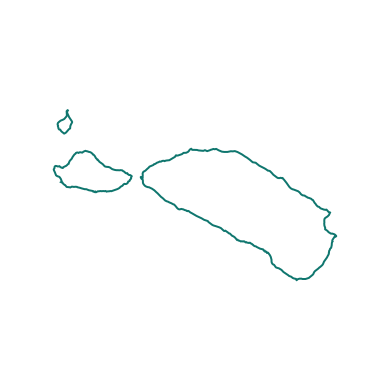 the district of Nguna, Shefa, Vanuatu, rotated 151°
{"feature_id": "77236927B53678457839449", "entity_name": "Nguna", "entity_type": "district", "adm_level": 2, "iso_a3": "VUT", "parent_name": "Vanuatu", "parent_adm1": "Shefa", "projection": "orthographic", "projection_center": [168.363, -17.466], "detail": "fine", "context": "isolated", "style": "outline", "palette": "teal", "viewbox_px": 384, "rotation_deg": 151, "n_neighbors": 0, "source": "geoboundaries", "source_scale": "gbopen_adm2", "svg_char_len": 5981}
<svg xmlns="http://www.w3.org/2000/svg" viewBox="0 0 384 384"><g transform="rotate(151 192 192)"><path d="M91.0,128.2L92.8,130.4L93.2,130.6L93.8,131.4L94.1,132.3L94.8,133.1L95.2,134.2L96.2,135.0L96.6,135.2L97.1,135.9L97.7,137.1L98.1,139.5L98.8,141.2L102.0,145.0L102.8,145.7L103.8,147.3L104.4,149.3L104.9,154.1L105.6,158.4L105.9,159.2L105.9,160.1L106.2,160.5L106.9,160.7L107.5,161.4L108.9,161.8L109.3,162.1L109.9,162.4L110.5,163.2L112.5,167.7L113.0,170.1L113.7,172.5L114.5,173.4L115.2,173.8L116.3,176.1L117.1,177.5L120.4,182.4L121.7,185.6L122.1,186.7L124.5,188.6L125.8,192.1L127.2,195.3L128.4,197.3L130.1,200.7L132.8,204.9L134.7,207.0L136.7,207.8L138.2,208.8L141.7,209.9L144.5,211.5L146.3,212.8L148.5,215.6L149.9,217.9L150.3,218.1L151.3,218.3L152.5,219.3L154.4,219.6L154.9,219.8L156.3,219.9L158.9,220.4L160.4,222.3L162.1,222.5L162.6,222.8L166.1,225.2L167.3,226.4L171.4,228.8L171.5,229.5L171.8,230.2L172.9,230.2L173.7,230.0L174.6,229.5L176.3,229.0L178.2,229.2L180.4,230.3L182.5,230.0L186.4,230.7L187.5,231.1L188.1,231.8L188.4,231.8L188.9,231.6L189.3,231.2L190.0,231.0L196.4,230.8L199.5,232.1L201.0,232.3L201.4,232.9L202.9,233.6L204.3,233.6L205.0,233.9L205.5,234.3L206.9,234.3L208.3,234.6L210.4,234.4L211.8,234.7L212.4,234.4L213.2,234.4L216.9,234.8L218.1,234.3L220.0,233.9L222.3,233.3L223.8,233.2L224.3,233.3L225.0,233.1L226.1,232.3L227.2,230.1L227.8,229.3L228.3,228.2L228.7,228.0L229.0,229.6L229.3,229.9L229.5,229.9L229.8,229.4L229.7,227.9L229.2,226.8L229.2,226.4L229.5,225.7L230.5,223.7L230.6,222.3L230.2,220.3L229.4,218.9L228.1,217.5L227.3,217.0L225.4,214.3L224.1,211.7L223.2,208.8L222.8,207.8L221.5,202.9L220.5,200.6L219.6,197.6L218.6,196.1L217.7,195.2L216.9,193.9L215.6,192.3L214.4,190.4L213.8,189.8L213.3,188.2L212.7,184.9L212.2,183.7L211.6,183.0L211.0,182.7L209.6,182.4L207.9,180.9L207.3,179.9L206.2,178.9L205.7,177.9L205.3,177.5L204.8,177.5L204.2,177.0L203.3,174.8L202.7,174.0L199.6,168.8L196.4,164.4L194.9,161.8L192.6,159.3L192.2,158.7L192.2,157.9L192.0,157.4L190.2,153.4L189.5,152.4L187.3,150.1L185.3,147.9L184.2,146.4L182.9,142.5L182.6,142.2L181.6,142.0L180.3,139.4L179.8,138.0L179.4,137.7L179.0,137.2L178.1,134.2L177.2,133.0L176.5,131.4L175.9,128.4L175.5,128.4L175.2,128.1L175.1,127.3L174.8,126.9L174.2,126.5L173.2,125.0L172.3,124.8L171.3,123.9L170.6,123.8L170.1,123.3L169.6,122.0L168.8,121.8L168.4,121.0L167.4,120.3L166.9,119.8L166.2,119.7L165.8,119.4L165.4,118.3L164.8,117.6L164.7,117.0L164.2,116.2L164.2,115.7L163.5,114.3L162.5,113.5L162.1,112.6L159.9,109.4L157.7,107.4L157.6,106.0L157.6,105.9L156.9,105.6L156.8,105.4L156.8,104.8L156.9,104.6L156.9,104.2L155.9,103.7L155.9,102.3L155.7,102.2L155.1,102.2L154.9,102.0L154.5,98.9L154.6,97.0L155.3,94.2L156.1,92.7L156.5,91.6L156.5,90.3L156.2,89.4L155.5,88.4L155.2,85.7L155.0,85.2L154.4,84.5L153.0,83.1L151.5,80.5L150.8,77.7L148.1,72.4L147.8,71.5L146.3,69.8L145.6,68.0L144.7,66.9L143.2,65.6L143.1,65.4L143.3,65.1L143.3,64.4L143.2,64.2L142.4,64.3L142.0,64.5L140.1,64.1L138.5,63.3L137.5,62.3L135.0,60.9L131.5,60.2L126.5,61.1L125.4,61.6L124.6,62.3L123.6,62.9L122.7,63.2L118.7,63.8L117.3,64.2L116.2,64.3L113.5,64.9L112.3,65.5L110.3,67.1L105.7,69.3L104.1,70.4L103.2,70.9L102.2,71.7L101.9,72.4L101.5,72.7L100.7,73.9L99.7,74.5L98.7,75.4L97.3,75.8L95.6,77.7L94.4,79.6L93.6,80.3L93.0,80.6L93.1,81.2L92.2,82.1L88.9,83.8L88.4,83.3L87.4,83.4L87.2,83.8L87.6,85.3L88.4,86.5L89.7,87.8L90.5,88.1L91.0,88.7L91.4,89.7L92.0,90.5L92.4,92.4L93.2,94.0L93.6,94.7L93.6,95.0L92.9,96.0L92.5,98.4L91.6,100.4L91.1,101.0L90.2,102.8L89.3,104.1L88.1,104.7L85.3,104.9L83.3,105.5L81.2,107.1L81.4,107.5L82.0,107.9L82.2,108.3L82.9,111.3L83.1,111.5L84.0,111.7L84.5,112.2L85.1,112.6L87.5,115.4L88.1,117.4L89.1,118.4L89.6,120.3L89.7,121.9L90.0,122.9L90.1,126.2L90.7,127.0L91.0,128.2ZM265.3,279.7L267.5,279.9L268.3,279.7L269.0,279.7L270.1,280.7L271.1,281.2L272.3,281.2L272.8,281.9L273.5,282.3L274.6,282.4L275.3,282.0L276.7,281.8L279.3,280.6L281.1,279.4L283.8,278.5L285.5,277.3L286.1,276.5L287.2,276.5L287.9,276.2L289.3,275.9L292.5,276.1L292.9,275.7L293.2,275.7L293.8,275.9L294.4,276.8L295.0,277.4L295.4,278.8L296.9,279.3L297.9,280.4L298.6,280.9L299.5,280.9L300.0,280.6L300.9,279.4L301.9,278.9L302.2,278.1L302.4,275.4L302.6,274.2L302.8,272.5L302.6,272.0L302.1,271.1L300.8,269.7L300.5,268.7L300.4,266.5L300.6,265.9L300.7,264.7L300.8,264.4L301.8,264.2L300.8,262.7L300.7,262.7L300.7,261.8L299.9,259.7L299.6,259.5L299.2,257.3L298.8,256.9L296.9,255.6L296.3,255.0L294.4,254.9L292.8,253.7L291.2,253.0L290.1,252.2L290.0,251.8L288.0,250.0L286.7,248.6L284.5,246.5L283.0,245.6L281.4,243.6L278.3,241.0L278.2,240.3L277.7,240.2L277.5,239.5L277.4,239.3L276.4,239.3L276.2,238.4L275.9,238.3L274.2,238.3L273.6,238.0L271.6,237.2L270.8,236.6L269.1,235.8L267.9,235.0L267.0,234.7L266.6,233.8L265.6,233.5L263.9,232.7L263.1,232.5L262.1,231.8L255.7,230.7L253.5,230.7L251.9,231.2L249.8,231.2L248.3,231.8L247.2,231.9L246.0,231.0L244.9,230.9L243.9,231.1L242.8,232.0L242.5,232.1L241.9,231.9L241.0,232.1L240.5,232.7L239.6,232.9L238.6,233.5L238.3,234.2L237.1,235.0L237.1,235.4L237.4,235.8L237.7,236.6L238.8,237.4L239.2,238.3L239.5,238.7L239.5,239.8L239.7,240.0L240.3,240.1L240.9,240.8L241.4,242.6L242.0,243.4L242.5,244.7L243.8,245.7L244.6,246.0L247.8,247.9L249.0,248.9L250.7,250.7L252.0,253.4L253.3,254.7L253.8,254.9L255.1,255.9L255.9,256.8L256.6,259.7L258.3,263.2L258.8,266.0L259.1,266.0L259.1,266.4L259.6,268.3L259.6,270.7L259.9,272.0L260.4,273.2L260.5,273.2L260.5,273.6L261.0,275.1L261.8,276.3L263.2,277.5L263.5,278.1L264.0,278.4L265.3,279.7ZM261.0,323.5L261.1,323.8L261.6,323.8L262.5,323.4L263.8,320.7L264.1,319.8L265.3,318.9L268.3,317.8L269.9,317.8L272.3,318.1L274.3,317.8L275.7,317.4L276.4,316.8L276.9,316.0L276.9,315.1L277.3,314.7L277.5,314.3L277.6,313.2L277.9,312.7L278.0,311.7L277.8,311.0L277.0,310.4L277.0,309.3L276.8,308.2L275.5,305.1L274.9,305.0L273.3,305.1L269.2,306.6L267.8,306.7L266.9,308.0L266.4,308.7L265.2,309.7L263.3,310.9L262.9,311.3L262.8,312.2L263.2,317.3L263.0,319.1L263.0,319.9L262.8,321.6L262.4,322.7L261.0,323.5Z" fill="none" stroke="#0f766e" stroke-width="2"/></g></svg>